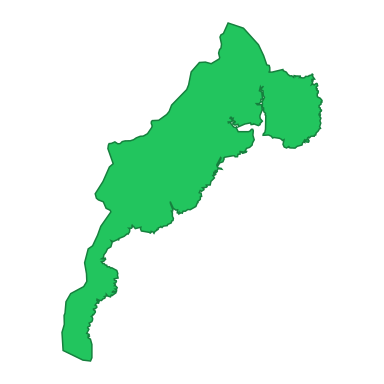 outline of Rull, Federated States of Micronesia
{"feature_id": "79324940B71932148328417", "entity_name": "Rull", "entity_type": "district", "adm_level": 2, "iso_a3": "FSM", "parent_name": "Federated States of Micronesia", "parent_adm1": "", "projection": "albers", "projection_center": [138.096, 9.488], "detail": "fine", "context": "isolated", "style": "filled", "palette": "green", "viewbox_px": 384, "rotation_deg": 0, "n_neighbors": 0, "source": "geoboundaries", "source_scale": "gbopen_adm2", "svg_char_len": 5981}
<svg xmlns="http://www.w3.org/2000/svg" viewBox="0 0 384 384"><path d="M90.5,361.0L91.9,357.8L91.9,344.5L90.4,339.1L88.3,338.0L87.9,337.1L89.2,336.5L88.4,335.6L89.3,335.1L89.0,334.3L86.7,333.4L88.9,329.2L87.6,327.9L88.2,326.7L89.7,326.2L90.1,325.1L89.1,323.1L91.8,321.7L92.4,320.5L92.7,318.7L92.1,317.0L91.3,316.4L92.9,315.3L92.8,314.6L93.8,314.4L95.3,312.2L95.3,311.1L93.5,309.8L93.5,308.9L95.1,308.8L96.8,307.4L96.7,306.1L95.1,305.1L96.8,303.0L98.5,303.2L98.5,302.5L97.4,302.4L97.6,301.7L99.7,301.9L97.6,301.2L96.8,300.3L97.0,299.2L99.6,300.4L101.5,300.5L103.1,298.8L104.7,298.3L105.2,297.1L104.5,296.5L107.2,295.8L106.3,295.1L106.3,294.3L107.8,296.1L110.5,296.9L111.3,295.3L110.7,294.7L112.2,295.5L115.9,292.8L115.3,291.9L112.4,292.3L112.5,291.6L113.6,291.1L114.1,291.7L116.4,291.5L116.6,290.3L115.3,289.1L116.6,289.1L117.2,287.6L115.3,285.6L114.5,285.6L115.2,284.6L114.1,283.3L115.6,282.9L116.4,281.6L116.3,280.8L114.4,280.2L114.2,278.8L118.1,278.0L117.4,275.0L117.8,273.6L116.8,270.5L111.8,267.8L110.5,268.0L109.5,266.8L107.2,266.8L106.7,265.2L105.4,265.1L104.0,263.5L102.8,263.6L101.4,261.7L103.8,261.2L105.6,259.2L105.1,258.1L103.2,259.0L101.6,258.8L103.4,257.7L103.9,254.8L106.0,252.1L107.5,248.8L110.9,246.8L112.1,242.6L111.1,240.7L113.1,241.6L118.1,239.3L118.4,239.9L118.9,239.7L118.6,238.6L124.2,236.3L127.2,233.8L128.1,234.1L129.6,231.7L129.8,229.0L128.9,228.2L131.5,228.2L132.0,227.6L132.0,224.6L133.0,226.6L133.6,226.5L135.3,228.6L140.9,227.2L140.5,228.9L141.4,231.0L149.5,232.4L150.2,233.1L151.1,232.4L151.1,231.4L152.9,231.8L154.0,233.3L155.0,231.4L156.9,230.3L156.8,229.5L158.1,229.4L158.3,227.8L160.0,227.4L160.8,226.5L162.0,227.5L163.4,226.1L167.3,225.6L167.6,224.5L171.1,223.0L172.0,220.8L173.0,220.5L173.4,218.4L172.4,216.3L172.4,212.9L171.4,211.1L172.6,211.0L172.9,209.7L170.5,203.8L170.2,201.5L173.2,208.2L175.9,210.1L177.6,209.8L177.2,212.8L178.2,213.1L179.0,212.3L179.0,213.9L180.9,212.8L182.3,213.2L183.1,211.2L185.4,211.2L187.8,209.5L190.2,209.7L195.9,206.5L197.2,203.1L198.0,202.6L197.7,201.6L200.3,199.4L200.4,196.6L201.6,196.4L201.1,193.2L199.2,192.7L200.2,190.5L201.5,191.3L203.9,189.7L204.0,189.0L202.6,187.7L206.2,187.3L207.1,186.6L206.3,185.1L210.2,185.0L210.9,181.4L214.4,177.9L212.9,175.5L213.9,175.4L213.8,173.6L214.7,175.0L215.5,174.6L214.8,174.0L214.6,172.4L215.3,170.6L216.2,171.2L215.7,171.6L216.1,172.7L217.3,171.4L217.0,170.4L218.2,168.6L221.8,169.2L221.2,168.4L218.1,167.9L217.4,167.0L217.8,165.9L216.9,165.8L216.7,165.0L220.6,157.5L221.0,157.9L220.5,159.7L218.0,163.7L218.1,165.5L219.7,162.9L222.9,161.8L224.1,159.0L223.7,158.1L224.8,157.2L232.7,155.8L234.5,155.8L235.1,156.8L237.5,156.7L238.0,154.3L240.1,154.1L240.1,151.5L243.1,151.9L241.6,152.5L242.6,153.3L246.2,152.2L246.6,151.4L245.1,150.9L246.6,148.3L249.6,147.4L252.1,145.1L252.5,143.0L254.2,139.8L252.9,135.2L253.3,130.8L252.7,129.3L251.5,129.3L249.8,131.2L248.4,131.7L238.2,131.7L236.3,127.9L237.1,127.4L236.6,126.8L235.7,127.6L233.7,127.1L230.3,122.8L229.5,122.4L228.4,122.9L228.2,121.9L231.4,121.8L232.2,120.9L231.6,119.0L230.0,118.3L230.4,117.3L231.2,117.2L232.3,118.4L232.2,119.3L233.1,118.6L232.7,120.4L235.1,121.5L234.8,122.7L233.1,122.4L232.9,123.7L235.0,125.1L237.9,124.3L238.7,126.7L244.9,124.0L250.5,122.9L251.1,124.6L253.3,124.3L253.6,123.8L258.4,125.6L260.1,124.6L259.9,123.8L262.4,121.1L260.3,118.7L259.9,116.8L260.0,115.4L262.2,110.0L261.6,105.4L261.2,104.7L257.3,104.8L256.3,103.6L259.4,103.6L260.9,101.4L260.9,99.3L262.6,99.1L261.8,92.7L261.2,91.6L259.4,90.8L260.4,86.8L260.7,87.5L261.7,87.8L263.5,86.1L260.6,89.6L263.0,90.8L263.3,95.5L264.5,97.3L262.0,102.2L262.5,103.2L262.3,107.2L263.6,107.9L263.6,110.7L264.1,112.1L265.5,113.3L265.1,114.8L265.8,115.6L265.5,129.2L264.9,132.2L263.2,134.1L263.1,135.3L268.6,135.0L271.4,136.3L272.6,138.0L274.0,137.5L279.5,138.3L281.7,139.5L282.3,140.5L284.0,139.7L283.0,144.4L284.2,147.0L286.6,148.0L288.8,146.5L289.4,147.2L289.0,147.5L290.0,147.9L295.1,148.1L297.2,146.3L302.0,145.0L302.6,142.8L303.7,141.9L304.3,142.2L303.9,141.2L304.6,139.7L305.7,140.3L305.1,140.6L305.9,141.9L308.5,142.2L309.1,140.9L308.3,140.4L308.5,139.3L307.2,139.2L308.0,138.7L307.7,137.8L308.7,137.1L309.6,137.7L311.1,136.2L314.3,136.2L314.4,135.3L315.7,135.0L316.2,132.9L318.4,130.8L319.3,128.9L320.5,128.4L319.6,126.6L320.8,123.1L319.9,120.8L320.9,118.1L319.9,116.9L320.3,115.2L319.3,115.4L319.0,114.7L319.3,113.6L320.0,113.7L320.2,111.6L321.3,111.1L321.5,110.2L320.3,109.1L320.2,107.9L319.1,107.3L319.1,105.6L321.0,104.2L321.1,102.1L321.9,102.1L322.0,100.4L320.2,98.2L317.8,97.1L317.2,95.9L317.3,93.4L318.0,93.2L318.3,91.8L318.2,90.9L317.0,90.5L316.6,89.7L317.1,89.5L317.1,88.5L316.2,88.2L316.3,86.8L317.7,85.8L317.1,83.6L316.3,83.4L314.1,84.9L312.8,83.9L311.6,84.6L312.5,82.8L312.2,81.3L313.1,80.9L312.9,80.4L311.9,80.8L311.9,79.4L314.6,79.1L312.6,76.3L312.8,74.5L312.2,74.1L311.8,74.9L309.0,75.6L308.6,76.4L305.5,76.4L304.7,77.6L303.1,78.0L300.6,77.6L300.3,76.4L299.5,77.1L299.6,76.1L296.2,76.0L295.7,76.5L295.2,75.8L294.1,75.6L293.7,77.4L291.8,75.8L289.9,75.9L287.8,74.3L286.4,72.2L283.3,70.7L282.9,69.5L272.1,72.1L269.2,72.2L269.2,71.4L269.8,71.2L269.8,67.7L269.2,65.5L266.8,64.9L263.6,55.6L258.5,44.8L243.5,28.2L228.1,23.0L223.4,33.5L220.9,34.9L220.0,37.1L221.5,44.1L221.0,47.9L219.6,49.6L218.6,53.1L219.7,57.6L219.2,58.9L211.2,63.7L205.4,62.1L199.4,62.5L191.2,71.9L188.6,84.9L186.7,89.6L171.6,105.1L169.2,111.4L166.7,114.5L158.7,120.3L152.3,120.6L151.4,121.6L151.2,123.2L152.2,126.0L151.6,127.7L147.5,133.7L143.3,136.1L140.2,136.3L136.2,137.9L133.6,139.7L130.2,140.8L125.1,140.9L122.2,141.6L120.2,143.6L117.8,143.8L114.9,141.9L111.4,143.4L109.1,143.6L108.4,145.1L107.9,148.6L113.2,163.7L109.4,167.0L103.0,181.5L95.2,193.8L96.4,198.2L98.4,199.9L103.3,201.8L106.1,208.3L110.2,210.3L110.9,211.9L100.8,226.3L97.6,235.2L92.6,245.8L88.2,248.9L84.6,262.8L86.5,273.7L86.8,281.4L83.7,286.6L70.7,293.6L66.0,301.7L65.0,313.3L64.1,315.4L64.3,324.4L62.0,332.4L63.1,350.5L82.9,360.1L90.5,361.0Z" fill="#22c55e" stroke="#15803d" stroke-width="1.5"/></svg>